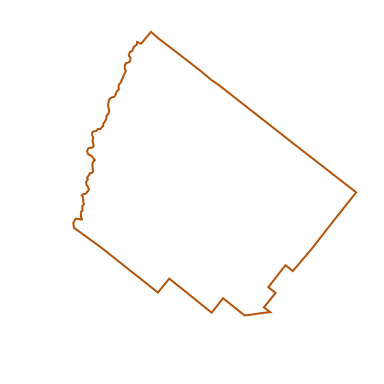 the district of Tulare, California, United States of America, rotated 218°
{"feature_id": "52423323B44496470224494", "entity_name": "Tulare", "entity_type": "district", "adm_level": 2, "iso_a3": "USA", "parent_name": "United States of America", "parent_adm1": "California", "projection": "mercator", "projection_center": [-118.363, 36.267], "detail": "fine", "context": "isolated", "style": "outline", "palette": "amber", "viewbox_px": 384, "rotation_deg": 218, "n_neighbors": 0, "source": "geoboundaries", "source_scale": "gbopen_adm2", "svg_char_len": 1790}
<svg xmlns="http://www.w3.org/2000/svg" viewBox="0 0 384 384"><g transform="rotate(218 192 192)"><path d="M262.9,91.1L229.8,92.3L157.0,91.8L156.6,109.7L139.0,109.6L124.3,109.3L102.2,109.0L102.1,127.4L74.6,127.1L70.6,131.0L61.0,141.1L56.4,145.4L64.3,145.4L64.0,163.9L73.2,164.0L73.3,185.8L73.2,191.9L63.9,191.7L62.7,219.5L62.7,237.9L62.7,256.3L62.4,292.8L144.9,292.6L187.4,292.7L237.9,292.8L245.2,292.2L260.3,292.7L291.0,292.6L312.8,292.4L322.9,292.9L323.4,277.5L327.6,276.5L326.2,273.9L327.3,270.5L326.0,266.3L327.1,264.0L325.7,260.4L323.1,259.9L321.2,256.8L322.6,253.3L322.9,253.3L323.4,252.7L323.1,250.7L320.8,247.7L318.6,246.7L318.2,244.5L317.7,242.3L317.5,241.3L316.5,239.4L316.9,238.1L316.1,236.8L315.6,234.1L315.7,231.8L314.5,229.4L312.9,228.0L313.1,224.8L312.2,221.5L311.8,219.4L313.2,217.5L314.2,215.1L314.0,213.1L312.9,211.3L311.7,208.7L310.1,207.4L308.5,206.1L306.9,204.6L306.0,201.8L306.3,199.9L305.1,197.7L304.2,195.3L303.9,191.0L302.6,189.1L303.0,187.3L302.9,185.1L304.8,183.9L305.1,180.7L306.5,179.9L307.3,178.3L307.0,177.0L305.4,175.0L303.3,174.1L302.2,171.4L300.0,169.5L298.1,167.9L297.5,166.7L298.5,164.8L300.0,163.8L300.6,161.9L299.9,159.7L298.4,158.8L297.8,158.0L295.9,157.9L294.5,158.5L292.3,158.4L289.6,157.6L288.2,157.4L288.2,156.4L288.6,155.3L287.7,152.8L286.0,150.7L284.1,148.8L282.6,147.3L282.6,145.3L284.0,143.9L283.6,142.2L283.6,140.3L283.2,138.4L282.1,138.1L281.6,137.0L281.9,135.9L281.4,134.5L279.5,132.7L277.3,132.0L274.7,130.4L274.5,128.9L274.9,127.7L274.5,126.3L275.1,124.4L276.3,123.7L276.8,121.5L275.3,121.1L273.4,119.4L271.7,117.4L269.6,115.9L269.8,113.4L268.4,111.6L267.5,110.8L266.8,109.6L267.1,109.0L267.3,108.7L266.1,106.4L264.4,104.2L262.0,102.8L261.9,102.4L267.3,99.4L266.5,94.4L262.9,91.1Z" fill="none" stroke="#b45309" stroke-width="2"/></g></svg>